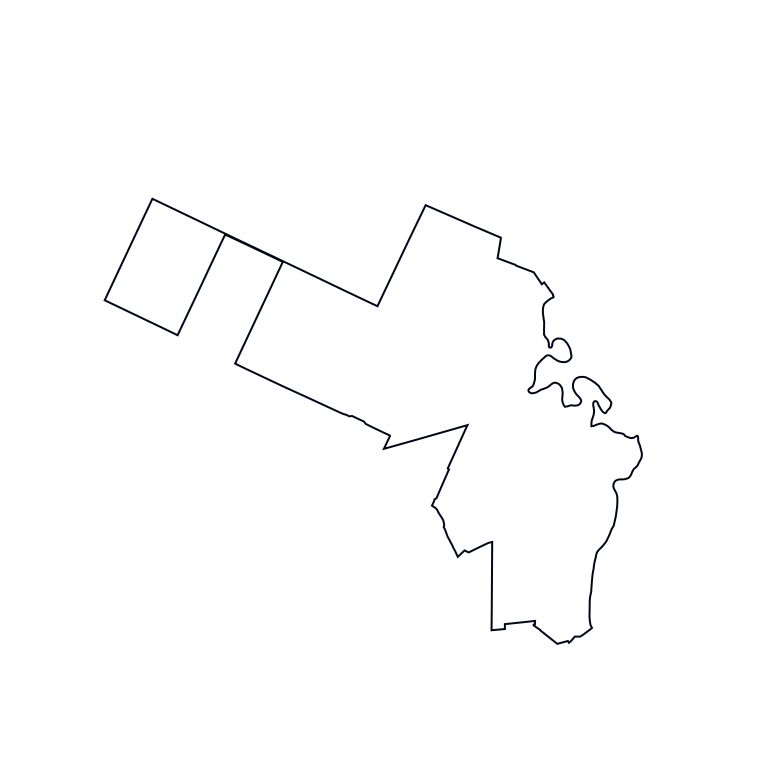 Bucu, Ialomita, Romania, rotated 294°
{"feature_id": "2599482B24395794596837", "entity_name": "Bucu", "entity_type": "district", "adm_level": 2, "iso_a3": "ROU", "parent_name": "Romania", "parent_adm1": "Ialomita", "projection": "robinson", "projection_center": [27.493, 44.63], "detail": "fine", "context": "isolated", "style": "outline", "palette": "ink", "viewbox_px": 768, "rotation_deg": 294, "n_neighbors": 0, "source": "geoboundaries", "source_scale": "gbopen_adm2", "svg_char_len": 6163}
<svg xmlns="http://www.w3.org/2000/svg" viewBox="0 0 768 768"><g transform="rotate(294 384 384)"><path d="M222.4,627.3L219.8,637.4L217.1,648.0L224.0,656.5L222.8,658.2L225.0,659.3L227.6,660.1L230.9,661.1L233.0,665.9L234.8,667.2L236.5,668.2L243.6,672.2L245.8,673.2L246.9,671.8L247.2,671.4L247.8,670.7L250.5,668.9L252.3,667.9L254.1,666.8L257.0,665.5L261.4,663.7L264.4,662.4L268.0,660.8L270.5,659.8L273.3,658.9L279.1,657.6L281.0,656.8L292.9,652.6L297.0,651.4L300.3,650.7L302.6,649.9L306.3,648.9L312.0,647.9L314.1,647.3L316.1,647.1L317.8,647.2L320.6,648.0L324.0,649.4L328.0,650.5L330.8,651.1L334.3,651.2L337.2,651.3L344.0,651.0L347.1,651.4L347.9,651.5L357.5,649.6L366.4,647.0L371.4,645.1L375.8,643.0L378.6,640.9L381.6,637.0L382.9,635.7L384.3,634.9L385.6,634.5L387.8,634.4L388.6,634.5L389.4,634.7L390.2,635.2L391.1,636.0L391.9,636.9L392.8,638.3L393.7,640.3L394.6,642.1L395.2,643.0L396.5,644.5L397.7,645.6L398.8,646.1L400.4,646.5L402.4,646.6L404.4,646.5L408.0,646.8L409.3,647.5L410.7,648.1L412.3,648.7L413.7,648.8L415.2,648.8L417.3,648.9L419.5,649.2L421.4,649.2L423.3,648.7L425.3,647.9L428.0,645.9L431.8,642.9L434.1,640.5L435.6,639.3L436.5,638.8L438.0,638.2L438.9,637.6L439.6,637.0L439.7,636.4L439.6,636.2L439.1,635.7L438.3,635.3L436.4,633.9L435.3,632.2L434.8,630.5L434.7,629.3L434.7,628.5L434.6,627.2L434.6,626.2L434.6,625.6L434.9,624.9L435.5,623.9L435.7,623.1L435.6,621.7L435.3,620.8L435.2,619.9L434.8,618.3L434.3,616.7L434.0,614.8L434.0,613.3L434.6,610.7L435.2,609.1L435.8,607.8L436.3,606.3L436.7,604.0L436.7,602.7L436.8,601.7L436.7,600.7L436.6,599.7L436.4,598.8L435.9,598.0L435.5,597.3L434.9,596.5L433.9,595.5L433.1,594.6L430.8,592.4L430.2,591.4L429.8,590.6L432.0,589.7L433.0,589.3L434.8,588.7L436.2,588.5L437.8,588.4L439.8,588.2L441.4,588.0L442.9,587.5L444.0,587.3L444.8,586.9L445.8,586.3L446.5,585.9L447.7,585.2L448.5,584.5L449.2,584.1L449.9,583.7L450.7,583.3L451.7,583.0L452.5,582.9L453.3,583.0L453.9,583.6L454.3,583.9L454.5,584.6L454.5,585.2L454.4,585.8L454.0,586.5L452.3,588.3L451.4,589.3L450.6,590.4L449.9,591.4L449.1,592.5L448.4,593.5L447.6,595.2L447.3,596.5L447.2,597.7L447.8,598.4L448.7,598.6L450.3,598.8L451.8,599.3L453.0,599.7L454.4,600.2L456.8,599.9L458.8,599.6L459.9,598.8L460.5,597.7L461.4,596.4L462.2,594.3L462.7,592.8L463.2,591.6L463.9,589.9L464.8,588.3L465.6,587.0L467.0,584.9L468.4,582.7L469.6,580.9L470.0,579.4L470.9,576.6L471.4,573.6L471.7,572.0L472.0,569.8L472.0,568.2L472.2,565.9L472.0,564.8L471.7,563.8L471.2,562.2L470.5,561.0L470.2,560.4L469.4,559.3L468.9,558.6L468.0,557.8L466.9,557.1L465.6,556.7L464.3,556.4L463.1,556.4L461.8,556.6L460.6,556.8L459.6,557.2L458.4,557.7L457.4,558.3L456.1,559.4L455.2,560.5L454.2,561.8L453.3,563.1L452.7,564.3L451.3,567.8L450.2,569.6L449.4,570.6L448.7,571.1L447.3,571.3L445.8,571.1L444.5,570.6L443.5,569.8L442.6,568.5L441.8,567.1L441.4,565.9L441.0,564.2L439.9,562.6L438.7,561.3L437.8,560.1L436.8,558.5L437.5,557.2L438.5,556.1L439.0,555.5L439.8,554.8L440.8,554.0L441.8,553.3L443.8,552.5L445.0,552.1L446.7,551.6L448.1,551.0L449.3,550.4L450.9,549.4L451.7,548.9L452.8,548.1L453.6,546.9L454.4,545.6L454.9,544.5L455.1,543.2L455.2,541.9L455.0,540.8L454.8,539.6L454.1,538.8L453.2,537.8L451.3,536.7L449.7,536.0L447.4,534.6L445.8,533.1L444.2,531.5L442.8,529.9L439.0,527.1L437.9,526.2L437.2,525.3L436.1,523.7L435.4,522.2L435.5,520.9L435.9,519.4L437.1,518.4L438.2,518.4L439.4,519.0L440.9,519.9L442.3,520.7L443.9,520.8L445.3,520.7L447.1,520.5L448.6,520.2L450.3,519.8L451.3,519.3L454.5,517.9L456.1,517.3L457.5,516.8L458.6,516.4L460.7,516.2L461.9,516.1L463.1,516.2L464.4,516.4L465.7,516.7L467.2,517.1L468.6,517.7L470.4,518.3L472.6,519.3L474.9,520.3L475.8,520.8L476.6,521.5L477.2,522.9L477.4,524.0L477.4,525.2L477.0,526.8L476.4,528.9L476.2,530.9L475.9,532.4L475.9,533.7L476.0,535.9L476.6,537.9L477.3,539.9L478.3,541.3L479.1,542.2L480.3,543.2L481.7,543.8L483.2,544.2L484.4,544.3L485.2,544.1L485.8,543.9L486.6,543.4L487.4,542.8L488.1,542.3L489.2,541.6L490.2,540.9L491.4,540.2L492.2,539.2L493.6,537.6L494.5,536.3L495.3,535.3L495.8,534.5L496.4,533.1L496.9,532.1L497.3,530.7L497.5,529.6L497.5,528.4L497.4,527.4L497.2,526.6L496.8,525.7L496.4,524.7L495.9,523.7L494.9,522.7L494.0,522.1L492.7,521.4L491.3,521.2L490.4,521.2L489.4,521.4L488.4,521.7L487.6,522.0L486.4,522.1L485.5,521.9L484.9,521.2L484.7,520.0L485.0,519.6L485.7,519.2L486.7,518.7L488.4,517.9L489.9,516.6L491.0,515.5L491.5,514.4L492.1,513.1L493.0,511.7L494.0,510.4L494.5,509.9L495.2,509.6L496.5,509.2L498.6,508.1L500.7,507.3L502.5,506.5L505.0,505.5L506.9,504.4L508.5,503.3L510.7,502.0L511.8,501.3L513.0,500.6L514.0,500.0L515.0,499.6L516.2,499.1L517.5,498.6L518.8,498.3L520.0,498.0L521.7,497.8L523.0,498.1L524.3,498.6L525.7,499.2L527.0,499.9L528.4,500.7L529.8,501.5L531.1,502.7L532.4,503.6L533.7,502.3L534.4,502.2L535.5,500.2L542.0,489.0L539.3,487.6L540.0,486.5L546.8,475.6L546.9,475.0L546.0,459.2L545.9,456.5L546.3,455.9L545.1,436.6L564.0,431.7L565.2,431.2L564.7,402.3L564.3,349.3L524.4,348.1L452.4,346.4L452.4,345.8L453.2,311.9L454.4,267.9L456.4,189.6L459.0,97.1L422.0,96.3L346.9,94.8L345.8,134.4L345.0,163.4L344.6,175.6L396.1,176.8L417.2,177.2L445.1,177.8L455.9,178.1L455.7,189.2L455.1,215.7L454.4,241.9L342.5,239.7L342.1,239.7L341.7,250.1L340.8,291.6L340.5,321.3L340.0,355.7L340.1,360.2L340.4,360.7L340.5,361.2L340.4,365.5L340.8,366.3L341.8,367.8L341.5,380.8L341.5,381.1L340.4,383.0L340.1,383.7L339.8,390.3L339.6,397.0L339.4,406.4L339.3,410.0L339.3,410.3L339.0,410.6L337.8,410.6L324.8,410.3L327.7,413.9L336.1,424.0L347.3,437.5L380.4,477.0L378.1,476.9L332.8,476.6L332.5,477.2L332.4,478.1L316.4,478.2L300.7,478.4L300.3,478.0L299.3,477.1L297.4,477.4L292.4,477.3L292.2,477.8L292.0,479.5L291.5,482.0L290.9,483.4L288.6,486.2L287.3,488.1L285.4,491.1L283.9,493.1L283.2,493.9L282.5,494.4L280.8,495.6L280.3,496.0L279.4,496.4L278.9,496.6L278.4,496.6L277.9,496.6L277.7,496.7L277.4,497.0L277.1,497.4L275.0,499.8L270.7,503.9L263.6,513.0L262.6,513.9L260.2,517.1L256.1,521.7L264.7,525.3L264.6,529.4L264.6,529.7L264.7,530.0L272.4,536.4L276.3,539.7L281.4,544.1L283.7,547.1L219.9,575.0L202.8,582.4L209.3,594.1L213.8,592.1L222.1,606.5L229.0,618.4L225.9,619.6L225.3,618.7L224.8,618.6L224.3,619.0L224.0,620.6L222.8,627.0L222.4,627.3Z" fill="none" stroke="#020617" stroke-width="2"/></g></svg>